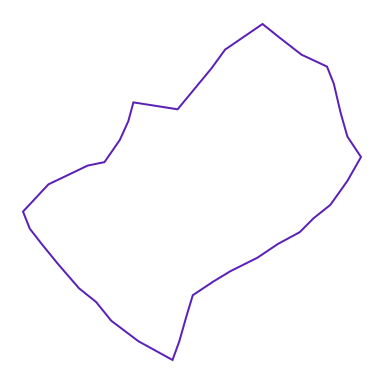 outline of Makrasyka, Cyprus
{"feature_id": "46923920B17010547008979", "entity_name": "Makrasyka", "entity_type": "district", "adm_level": 2, "iso_a3": "CYP", "parent_name": "Cyprus", "parent_adm1": "", "projection": "mercator", "projection_center": [33.756, 35.072], "detail": "fine", "context": "isolated", "style": "outline", "palette": "violet", "viewbox_px": 384, "rotation_deg": 0, "n_neighbors": 0, "source": "geoboundaries", "source_scale": "gbopen_adm2", "svg_char_len": 590}
<svg xmlns="http://www.w3.org/2000/svg" viewBox="0 0 384 384"><path d="M262.5,24.0L225.1,49.6L211.5,68.3L177.6,109.3L133.4,102.4L128.3,121.2L119.8,140.0L104.5,162.1L87.6,165.6L48.5,184.3L23.0,211.6L29.8,228.7L41.7,244.0L57.0,262.8L61.1,267.6L79.1,288.4L96.1,302.0L111.3,320.8L138.5,341.3L172.5,360.0L179.3,341.3L186.1,317.4L188.3,310.0L192.8,295.2L213.2,281.6L230.2,271.3L257.4,257.7L277.8,244.0L299.8,232.1L313.4,218.4L330.4,204.8L347.4,180.9L361.0,157.0L347.4,136.6L340.6,112.7L333.8,83.7L327.0,66.6L301.5,54.7L279.5,37.6L262.5,24.0Z" fill="none" stroke="#5b21b6" stroke-width="2"/></svg>